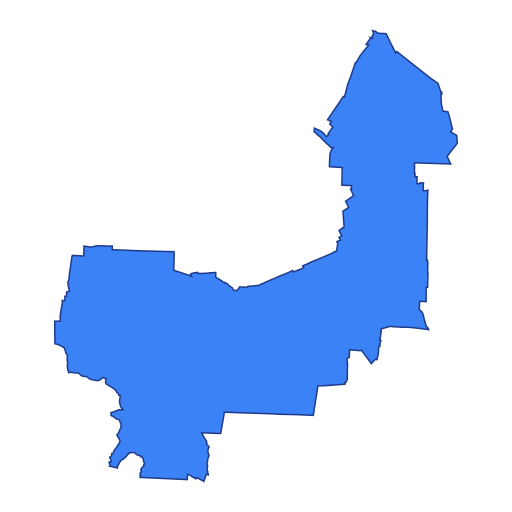 Calera, Zacatecas, Mexico
{"feature_id": "50627088B82170663698753", "entity_name": "Calera", "entity_type": "district", "adm_level": 2, "iso_a3": "MEX", "parent_name": "Mexico", "parent_adm1": "Zacatecas", "projection": "natural_earth1", "projection_center": [-102.752, 22.979], "detail": "fine", "context": "isolated", "style": "filled", "palette": "blue", "viewbox_px": 512, "rotation_deg": 0, "n_neighbors": 0, "source": "geoboundaries", "source_scale": "gbopen_adm2", "svg_char_len": 6020}
<svg xmlns="http://www.w3.org/2000/svg" viewBox="0 0 512 512"><path d="M203.9,481.3L206.3,474.3L208.3,474.9L208.3,474.1L207.5,472.2L207.8,471.3L207.4,470.5L207.0,468.8L207.4,467.3L207.6,465.3L207.0,463.8L207.6,461.2L207.7,459.1L208.7,456.4L209.1,455.2L208.2,453.3L207.8,450.7L208.3,448.7L209.1,447.1L208.1,445.6L206.9,444.7L206.7,443.4L206.7,441.7L205.2,439.0L203.5,436.4L201.9,432.8L220.7,433.5L224.4,412.2L274.5,413.9L277.0,414.2L298.7,414.7L313.3,415.4L317.9,385.8L323.3,385.8L345.0,384.2L344.9,382.6L345.7,382.6L347.4,379.2L347.3,375.7L347.5,363.0L347.0,359.4L347.0,358.7L347.2,358.4L349.3,357.3L349.5,352.3L349.7,349.7L351.2,349.9L360.1,350.7L361.5,350.3L368.7,360.0L371.2,363.6L375.4,359.3L375.7,359.3L376.4,359.7L376.9,359.6L378.1,355.0L378.6,350.4L378.6,346.9L379.9,346.6L379.6,344.0L380.2,343.9L379.8,341.0L381.0,340.8L379.7,339.0L380.1,338.7L381.2,331.4L381.2,328.8L390.2,326.4L393.0,326.7L403.9,327.3L406.3,327.2L412.2,327.6L418.7,328.3L428.7,329.7L428.3,328.5L427.1,327.1L426.1,325.8L425.4,323.5L425.0,321.5L424.4,320.3L423.6,316.4L423.0,314.5L422.7,313.3L422.2,312.2L420.9,311.1L419.3,309.2L419.6,301.3L426.1,301.6L426.2,287.2L427.6,287.3L427.8,276.7L428.0,272.9L427.6,272.8L427.8,261.5L427.2,261.4L427.2,259.8L426.6,259.9L427.3,222.3L427.4,204.6L427.8,190.2L427.3,190.6L423.1,190.7L423.3,185.0L423.5,182.9L419.9,182.9L419.5,183.2L419.4,183.7L419.1,183.8L416.9,183.6L417.1,176.7L415.0,176.7L415.0,173.3L414.4,173.2L414.6,166.2L414.4,166.1L414.6,162.8L450.7,164.0L447.1,156.5L453.3,148.3L454.6,146.9L457.3,143.1L456.7,135.4L455.0,134.5L450.6,131.8L452.5,129.1L450.5,121.0L449.1,115.5L447.9,111.8L442.9,111.0L441.4,104.0L441.0,97.3L441.0,94.0L441.8,94.1L441.7,92.0L440.9,92.0L438.0,83.5L429.5,77.4L396.8,51.5L395.7,53.1L391.0,43.7L386.1,33.6L379.3,33.3L378.7,33.4L378.1,33.3L377.1,32.6L375.9,31.5L375.4,31.2L374.3,31.3L373.7,31.2L372.7,30.7L373.7,33.8L372.1,36.1L372.6,38.3L370.6,37.7L370.7,37.8L366.1,44.4L368.7,45.1L364.2,50.4L360.1,55.8L356.2,62.6L355.4,62.5L350.4,77.5L347.9,83.8L344.5,96.8L343.3,96.5L327.5,119.8L331.4,121.4L329.7,124.0L332.8,127.1L330.4,130.3L328.1,133.9L328.8,134.3L326.4,136.8L323.5,133.1L320.0,130.6L314.4,128.1L314.1,131.9L315.7,132.8L317.0,134.3L318.1,135.3L319.5,136.3L320.3,137.0L323.6,140.6L327.7,144.5L328.8,145.2L330.2,147.0L330.6,147.2L333.3,147.7L331.4,149.4L331.1,151.0L330.0,153.6L329.6,159.9L329.4,166.6L329.8,166.8L342.2,167.5L341.9,185.2L351.5,185.6L351.4,189.2L350.6,189.2L353.6,195.7L345.6,201.2L348.7,207.4L343.0,211.1L343.5,219.3L344.2,226.7L339.0,230.5L341.7,235.9L339.0,237.4L340.4,240.2L336.9,241.6L337.7,243.8L336.5,251.2L335.7,251.6L335.3,251.4L333.1,252.4L332.9,252.7L332.4,253.1L317.0,259.7L310.8,262.1L308.1,263.6L303.3,265.6L302.6,266.0L303.6,267.6L303.0,267.9L302.7,268.3L298.1,270.1L293.6,271.9L292.8,270.5L288.7,272.4L281.0,275.6L280.8,275.5L275.2,278.1L269.4,280.5L264.0,282.9L263.6,283.2L261.9,283.8L261.5,284.1L260.9,284.2L259.7,284.8L258.9,285.4L258.0,285.4L254.3,285.8L253.7,286.0L249.1,286.2L247.8,286.4L247.0,287.3L239.6,286.9L237.1,290.7L235.7,290.4L233.9,290.2L232.9,289.4L232.5,288.6L232.5,288.0L229.7,286.1L227.9,284.5L226.7,283.2L224.9,283.1L224.9,282.4L223.9,282.5L221.8,281.2L221.9,280.9L215.7,277.2L215.8,272.9L215.7,272.5L209.7,272.8L209.5,273.0L201.4,273.5L197.5,273.3L197.5,272.4L193.7,272.9L192.1,273.5L192.0,273.4L190.7,273.8L190.5,274.9L191.4,276.1L173.7,270.2L174.2,254.7L174.0,251.7L142.6,250.9L112.2,249.7L112.3,246.0L109.0,246.1L97.2,245.7L91.8,247.0L91.2,247.1L84.0,246.1L83.7,256.0L72.4,255.4L71.9,256.9L70.9,264.0L69.4,274.1L69.1,277.8L68.7,280.2L67.8,282.3L68.4,285.4L68.2,285.6L69.4,291.3L66.7,291.9L66.4,296.2L64.9,296.3L64.9,300.5L62.2,300.5L62.3,304.7L62.1,304.9L61.9,305.0L60.2,315.7L60.3,321.1L54.7,321.2L54.9,343.7L57.5,344.4L59.6,345.2L60.3,345.7L63.2,347.0L63.8,347.4L64.3,348.4L65.6,351.5L65.9,353.3L66.6,353.8L67.0,354.5L67.4,356.2L67.2,357.8L67.3,358.8L67.1,360.0L67.3,361.0L67.7,361.4L67.3,366.5L67.5,368.6L68.5,372.0L69.0,372.8L70.8,372.1L74.5,372.9L76.1,372.9L78.4,373.2L79.2,373.5L81.2,375.6L83.7,376.5L85.8,376.4L86.7,376.6L88.8,378.3L89.9,379.1L91.3,379.5L92.4,379.8L93.7,379.9L95.9,380.5L97.9,380.6L98.4,380.4L99.0,380.4L101.1,379.0L102.9,377.4L106.3,379.0L105.5,380.7L105.8,383.3L106.2,384.0L108.8,385.5L112.4,387.8L115.5,390.0L116.6,392.1L118.0,393.3L119.0,395.4L120.2,395.5L120.1,397.6L119.7,399.4L119.5,401.6L119.8,403.1L120.3,405.5L121.2,407.5L123.0,409.7L121.4,409.9L120.2,409.9L119.6,409.6L118.9,410.0L117.6,410.1L116.4,410.9L115.5,411.0L114.5,411.9L112.9,412.0L111.8,412.3L110.9,412.8L111.2,413.6L111.1,414.8L110.9,415.3L111.5,415.8L113.6,416.6L114.8,417.9L115.5,418.1L116.1,418.8L118.6,419.5L119.4,420.0L119.9,421.8L120.3,422.7L121.0,423.7L120.9,424.0L121.1,424.9L120.9,426.3L121.3,427.2L120.6,428.2L118.3,433.3L117.0,434.5L116.9,435.0L117.3,435.4L117.7,436.6L118.8,438.2L120.0,440.4L119.7,442.3L118.8,443.8L116.4,447.5L114.4,450.0L113.5,451.8L113.3,453.4L112.2,453.4L111.8,453.5L111.6,454.3L111.7,454.8L111.7,455.3L111.5,455.9L110.7,456.6L110.0,456.9L109.7,457.4L110.1,458.4L111.1,460.3L111.3,461.2L111.1,461.8L110.5,462.0L109.5,461.8L109.1,462.1L109.1,462.7L110.0,464.3L109.8,465.8L109.5,466.1L117.4,468.0L117.6,467.1L117.3,466.4L117.6,465.6L117.7,465.4L118.3,465.2L119.2,462.8L121.2,460.4L122.5,459.3L123.2,459.2L124.0,458.6L126.4,456.2L127.3,455.2L128.3,453.5L128.9,453.8L129.1,453.6L129.3,452.8L130.4,452.5L132.2,452.7L133.2,452.5L134.5,452.6L135.2,453.1L136.2,454.3L137.0,454.8L138.7,455.4L139.8,455.3L140.3,455.5L140.3,456.3L140.4,456.7L142.5,457.2L143.1,458.6L143.5,460.6L143.6,461.6L144.4,462.9L144.5,463.7L143.7,464.9L143.9,466.0L142.9,466.6L142.6,467.2L141.6,468.0L141.2,468.7L141.0,469.3L140.8,470.1L141.4,470.5L141.4,471.0L141.0,471.9L140.8,472.5L140.5,472.6L140.2,473.1L140.1,474.7L140.4,475.2L140.0,475.5L140.4,475.9L140.6,476.3L140.4,477.1L140.2,477.4L187.3,479.6L187.5,474.4L188.7,474.7L190.5,475.5L192.3,476.9L193.8,477.5L195.0,478.4L196.2,478.8L197.0,477.5L199.4,479.0L201.0,479.8L202.8,480.9L203.6,480.9L203.9,481.3Z" fill="#3b82f6" stroke="#1e3a8a" stroke-width="1.5"/></svg>